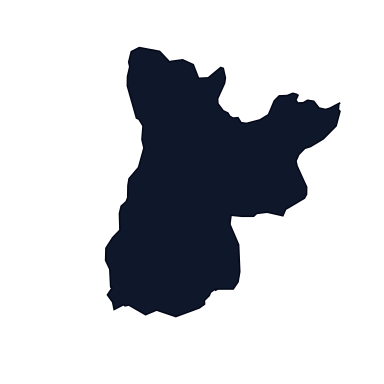 Coyah, Coyah, Guinea, rotated 202°
{"feature_id": "49546643B61702032280321", "entity_name": "Coyah", "entity_type": "district", "adm_level": 2, "iso_a3": "GIN", "parent_name": "Guinea", "parent_adm1": "Coyah", "projection": "natural_earth1", "projection_center": [-13.337, 9.751], "detail": "fine", "context": "isolated", "style": "filled", "palette": "ink", "viewbox_px": 384, "rotation_deg": 202, "n_neighbors": 0, "source": "geoboundaries", "source_scale": "gbopen_adm2", "svg_char_len": 1445}
<svg xmlns="http://www.w3.org/2000/svg" viewBox="0 0 384 384"><g transform="rotate(202 192 192)"><path d="M88.1,330.2L95.7,321.3L99.1,318.6L105.7,317.5L113.1,321.8L119.2,320.4L122.3,316.5L127.2,314.2L130.1,316.1L129.9,321.5L131.7,321.8L135.5,321.3L139.9,317.1L147.2,313.8L149.9,307.3L150.1,292.4L156.1,284.3L167.1,276.1L172.5,274.7L177.2,278.2L181.7,275.9L185.5,276.5L188.2,278.7L193.6,279.1L201.0,283.6L203.2,288.1L202.5,305.2L203.8,310.4L209.3,318.4L212.1,318.2L219.8,303.9L228.5,299.9L238.5,310.6L250.2,311.1L260.4,305.3L261.2,304.1L274.7,310.3L295.0,306.2L300.9,299.4L300.9,299.2L299.4,288.7L296.7,284.9L295.1,274.9L291.7,266.1L271.2,239.7L268.5,239.6L262.2,234.9L258.1,221.9L253.1,214.8L250.8,194.8L255.4,180.8L253.9,174.1L249.5,162.6L249.5,158.3L252.4,152.5L251.3,145.0L244.6,129.7L248.5,120.0L250.8,107.7L246.5,96.2L239.3,89.6L231.8,73.4L230.2,73.1L231.9,64.9L224.3,60.1L220.2,53.8L213.3,61.8L211.4,61.3L208.3,63.5L189.1,60.8L180.6,69.2L160.3,70.4L141.7,87.3L138.3,92.7L139.9,96.1L137.2,102.3L137.2,105.9L134.4,110.3L133.3,109.7L131.7,111.7L117.4,117.5L115.6,125.9L117.8,135.9L129.0,160.6L144.7,176.2L147.1,185.1L136.4,188.2L125.7,192.6L124.0,196.3L114.8,201.4L98.8,204.0L98.7,211.1L96.4,213.9L85.4,228.4L84.9,232.6L84.9,232.8L87.6,239.7L91.2,243.0L104.4,255.6L107.2,259.8L107.0,266.8L103.7,274.8L99.1,278.5L90.1,290.5L83.1,307.3L85.0,322.3L87.1,323.1L88.7,328.5L88.1,330.2Z" fill="#0f172a" stroke="#020617" stroke-width="1.5"/></g></svg>